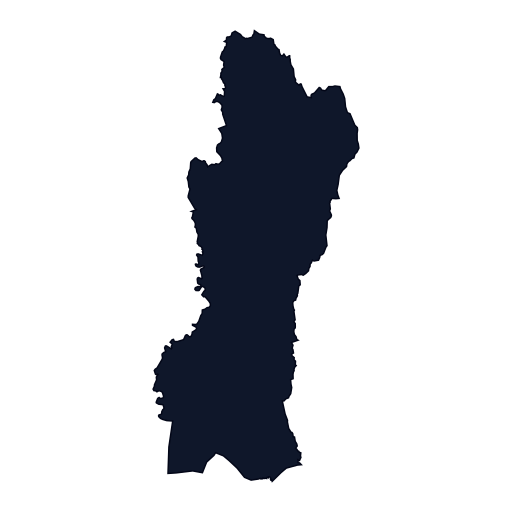 Mang Yang, Gia Lai, Vietnam (Natural Earth projection)
{"feature_id": "81297802B73536270925214", "entity_name": "Mang Yang", "entity_type": "district", "adm_level": 2, "iso_a3": "VNM", "parent_name": "Vietnam", "parent_adm1": "Gia Lai", "projection": "natural_earth1", "projection_center": [108.295, 13.956], "detail": "fine", "context": "isolated", "style": "filled", "palette": "ink", "viewbox_px": 512, "rotation_deg": 0, "n_neighbors": 0, "source": "geoboundaries", "source_scale": "gbopen_adm2", "svg_char_len": 6025}
<svg xmlns="http://www.w3.org/2000/svg" viewBox="0 0 512 512"><path d="M258.5,479.0L260.1,478.3L261.0,479.0L261.5,478.6L262.4,478.8L263.0,477.9L264.0,478.6L264.7,478.2L266.8,478.5L267.0,477.4L267.9,477.2L268.5,477.7L268.6,476.8L269.6,476.7L270.7,478.0L270.5,479.2L271.0,479.5L270.9,480.2L271.4,480.4L271.8,479.9L272.2,481.3L280.9,472.7L286.3,468.1L297.2,465.1L301.3,464.7L299.6,462.9L298.3,462.8L297.7,462.2L298.3,460.9L298.0,459.8L299.5,460.5L300.9,457.4L300.5,456.0L300.8,452.8L299.3,452.3L298.7,451.2L297.8,451.0L296.9,449.4L295.6,448.2L297.2,446.0L296.8,444.0L295.2,441.3L294.5,437.0L293.2,436.8L292.7,433.5L292.0,432.5L290.9,432.1L288.7,428.5L287.4,422.0L287.5,420.3L285.1,414.0L282.3,401.0L284.0,400.9L285.9,398.8L288.5,397.8L288.9,396.4L290.7,393.7L291.7,387.5L291.0,384.3L290.6,379.6L293.1,378.7L293.0,374.4L293.3,372.3L294.1,370.7L294.0,369.1L294.8,367.0L296.2,365.6L295.3,364.7L295.5,361.2L294.0,359.7L294.2,357.6L292.1,355.9L291.6,354.1L293.5,353.0L292.9,349.5L292.1,348.4L293.0,345.2L291.4,342.5L298.0,340.2L296.8,339.5L296.0,336.6L294.4,334.6L293.8,331.8L294.0,329.2L295.2,327.9L295.3,326.6L295.2,323.4L294.1,322.3L293.9,321.7L295.1,319.8L293.9,311.4L294.4,310.1L293.8,309.4L293.0,306.1L292.7,302.6L293.8,300.7L295.6,300.1L296.0,298.2L297.4,295.8L297.2,294.4L297.8,293.3L298.8,285.9L300.2,284.8L299.9,280.6L298.2,279.1L297.0,275.5L298.3,274.9L301.7,274.5L303.2,275.2L305.7,273.5L308.5,270.8L308.8,268.5L310.0,266.5L310.1,264.2L311.3,262.8L312.4,260.2L314.0,261.0L318.5,260.2L319.6,257.7L320.1,255.4L322.3,254.5L323.6,253.2L325.9,247.2L327.0,245.7L325.8,235.0L327.0,227.6L327.2,221.0L328.0,219.8L330.7,217.5L331.4,215.8L331.3,214.7L329.6,211.0L330.3,208.9L329.6,203.1L330.1,202.4L329.9,201.6L331.9,198.4L335.9,198.7L339.1,198.4L337.8,195.0L336.8,190.4L338.1,184.5L339.3,175.3L342.6,170.3L346.5,166.6L346.9,163.8L348.5,161.5L349.9,160.7L351.9,158.6L353.9,157.9L354.9,154.2L357.0,152.0L358.9,148.1L358.3,144.0L357.2,140.5L357.1,133.4L357.6,129.9L357.3,127.6L354.8,125.2L350.0,113.7L347.7,112.8L347.1,111.8L345.5,106.8L344.7,98.5L343.2,94.1L340.5,88.8L339.9,86.6L334.9,86.0L332.7,86.6L328.8,86.6L325.6,90.5L324.7,90.7L321.7,90.1L320.5,88.1L319.2,87.5L314.5,93.0L311.5,94.4L311.1,95.6L311.3,97.6L307.1,96.9L301.9,86.5L301.2,84.1L300.3,83.9L299.0,85.2L295.4,82.2L295.6,79.7L294.1,76.6L293.4,69.0L290.9,64.8L290.2,61.2L290.2,59.4L289.7,57.9L289.7,55.8L289.3,55.7L286.9,57.4L285.6,56.6L283.9,54.1L282.4,55.9L280.8,55.5L279.6,53.1L279.0,49.6L278.0,49.2L275.3,46.1L275.0,45.0L273.9,44.2L273.2,39.6L270.6,38.2L269.0,38.6L266.2,38.3L265.7,37.4L264.3,36.5L264.0,34.8L259.3,34.1L254.4,30.7L253.9,33.9L252.9,35.1L252.1,37.2L247.6,38.5L246.2,38.3L245.1,38.7L243.9,37.6L242.3,36.9L240.5,34.5L235.1,31.2L232.1,32.9L231.3,35.6L230.8,36.2L229.2,36.9L227.2,37.0L226.6,37.7L226.4,40.1L224.4,41.5L226.7,42.4L226.2,46.6L225.0,47.0L224.6,48.6L223.4,51.1L222.3,51.9L220.5,57.3L220.5,58.5L221.2,59.7L224.1,61.5L223.6,65.1L224.3,67.4L221.9,69.4L222.1,71.4L220.9,73.1L220.9,75.0L220.4,77.5L221.4,77.6L221.6,79.0L222.5,80.1L223.5,82.7L224.9,84.0L224.9,85.5L225.6,87.1L225.3,88.3L224.4,88.8L223.1,88.8L224.6,91.4L224.3,95.8L223.9,96.4L223.2,96.3L221.4,95.5L220.6,94.8L219.0,95.3L218.5,94.4L217.4,93.9L215.4,98.6L213.8,99.8L212.8,102.3L214.3,102.6L215.9,101.5L218.1,101.6L220.1,103.0L222.0,105.2L222.1,107.3L221.3,109.9L222.7,112.3L222.7,114.2L226.5,125.6L218.7,128.6L221.8,133.4L222.5,138.1L221.4,141.9L220.2,143.3L219.0,143.8L217.5,145.0L216.6,147.9L216.8,151.7L220.5,155.6L221.9,158.0L222.5,161.2L221.5,161.7L219.5,163.9L218.0,164.2L215.9,163.7L214.6,164.7L211.8,164.3L207.6,166.8L207.0,164.7L205.6,163.0L205.3,161.6L204.3,160.8L203.5,160.8L202.6,161.4L201.5,161.3L198.0,159.6L196.2,157.9L195.0,158.0L191.1,161.6L190.7,162.7L190.3,168.8L188.9,172.0L188.7,174.8L187.2,178.0L188.3,181.5L188.9,187.0L190.0,189.0L188.2,195.9L188.2,197.4L194.6,208.2L196.3,209.7L191.6,211.4L193.2,211.9L193.3,212.3L192.4,216.9L191.9,217.5L192.0,218.6L193.7,220.2L194.8,222.0L195.4,223.7L195.3,225.6L194.9,227.0L196.3,228.2L196.9,232.0L198.2,234.3L198.3,236.0L197.2,241.7L197.5,242.7L197.3,243.5L198.6,244.6L199.0,245.6L201.0,246.5L202.0,247.8L202.2,248.3L201.9,249.2L202.6,249.8L203.0,251.2L203.0,251.8L202.4,251.9L203.0,253.6L202.2,255.3L198.2,253.9L197.0,254.1L196.6,255.0L198.0,257.1L198.2,261.2L198.8,262.6L198.8,263.8L198.3,264.7L196.2,264.0L195.5,264.1L195.4,264.7L196.1,266.1L197.8,267.0L199.6,267.1L203.0,265.8L203.6,265.9L204.1,266.5L203.9,267.6L200.9,269.1L200.4,270.1L201.9,275.7L202.0,278.4L201.4,278.8L198.5,277.5L197.6,278.0L197.2,279.1L197.7,283.1L198.5,283.9L200.7,284.7L201.0,285.9L200.3,286.5L197.8,286.6L195.7,287.5L195.1,288.1L194.9,289.3L196.0,290.5L198.5,290.6L199.2,290.3L201.6,286.6L202.8,286.5L204.5,287.5L205.2,288.5L205.1,290.4L204.0,291.2L201.8,294.8L203.6,296.8L205.1,296.7L209.0,301.3L210.3,303.5L210.4,305.5L209.4,307.2L207.0,307.7L205.2,309.1L202.3,310.0L202.2,313.5L200.8,315.6L198.8,321.3L196.9,324.1L195.5,324.5L192.5,324.3L192.5,325.3L196.0,327.1L196.7,328.5L195.8,329.9L192.3,332.1L192.0,334.4L190.8,336.6L189.5,336.9L187.3,334.9L186.3,334.8L185.4,335.5L183.9,339.0L183.1,339.8L177.3,341.6L174.7,341.5L174.1,341.0L173.5,339.4L172.2,339.7L170.1,342.2L172.4,344.2L171.3,346.5L171.9,347.9L171.3,348.8L166.8,346.1L166.0,345.8L165.3,346.1L164.6,347.9L165.7,351.7L163.8,352.5L162.2,353.9L162.0,354.9L162.5,357.5L162.3,359.0L157.1,367.9L155.2,369.2L154.3,370.5L155.5,374.2L156.3,374.6L157.7,374.1L158.0,374.6L156.3,377.1L156.6,379.9L154.5,384.7L154.4,386.3L153.1,389.1L153.9,390.6L155.6,390.8L156.9,391.8L159.0,390.7L161.5,391.5L162.4,392.5L163.5,395.9L163.5,397.3L162.5,398.2L160.2,398.5L159.1,397.5L157.7,398.4L156.2,402.2L156.4,402.9L158.7,404.2L163.0,404.7L163.9,407.4L163.9,408.7L162.7,409.8L161.8,411.7L161.6,414.1L158.9,415.0L158.6,415.5L158.7,416.6L160.5,418.4L162.6,419.4L166.7,420.6L172.7,421.0L168.9,446.9L168.0,473.4L176.0,472.9L192.7,470.9L202.4,472.7L206.6,462.1L213.9,455.4L215.6,452.7L223.4,455.8L229.0,460.5L237.1,468.1L244.5,477.3L251.1,480.1L258.5,479.0Z" fill="#0f172a" stroke="#020617" stroke-width="1.5"/></svg>